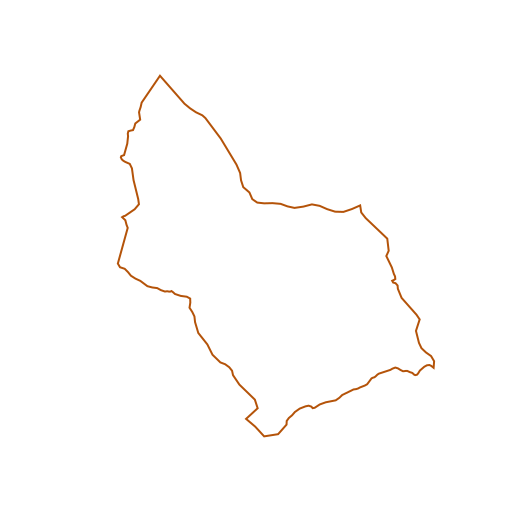 the Region of Dodoma, rotated 320°
{"feature_id": "TZA-3385", "entity_name": "Dodoma", "entity_type": "Region", "adm_level": 1, "iso_a3": "TZA", "parent_name": "United Republic of Tanzania", "parent_adm1": "", "projection": "orthographic", "projection_center": [35.912, -5.778], "detail": "fine", "context": "isolated", "style": "outline", "palette": "amber", "viewbox_px": 512, "rotation_deg": 320, "n_neighbors": 0, "source": "natural_earth", "source_scale": "10m", "svg_char_len": 2245}
<svg xmlns="http://www.w3.org/2000/svg" viewBox="0 0 512 512"><g transform="rotate(320 256 256)"><path d="M368.3,284.2L364.6,290.3L364.4,297.5L367.7,327.1L361.0,337.3L355.8,339.8L352.7,352.1L350.1,358.3L349.4,361.0L347.9,363.2L346.2,363.0L344.4,362.5L344.0,364.5L345.4,366.5L345.5,369.6L343.6,372.3L340.6,381.7L341.2,404.2L340.6,409.8L330.4,416.2L325.0,427.3L323.5,433.0L324.2,439.1L325.8,445.2L324.8,451.1L320.2,455.8L319.6,452.8L318.8,451.0L316.7,449.6L313.7,449.0L307.9,449.1L304.6,450.2L302.9,450.4L301.4,449.6L300.9,448.6L300.6,446.1L300.1,445.2L299.4,444.2L298.0,441.3L297.0,440.4L295.1,439.2L294.5,438.7L293.4,436.1L292.5,433.3L291.0,431.0L288.1,430.0L285.7,429.6L274.5,425.1L272.8,424.9L270.1,425.1L268.7,425.0L267.7,424.5L265.9,424.0L258.7,425.7L256.1,425.2L251.1,423.5L249.0,423.1L247.1,422.3L244.9,420.9L243.6,420.6L232.7,417.9L228.7,418.2L224.3,417.8L215.4,412.9L209.4,410.7L203.4,410.0L201.6,409.0L201.6,407.0L200.1,404.5L197.3,403.0L191.4,401.0L185.5,400.5L181.3,401.2L177.1,401.2L173.5,402.1L171.0,404.8L158.4,406.7L146.3,399.4L145.7,386.1L143.7,374.4L159.4,373.7L162.8,365.3L160.6,343.8L161.8,332.5L163.9,328.5L164.0,324.0L162.8,319.1L160.3,314.6L159.2,303.7L161.9,292.5L162.3,277.9L166.8,267.5L170.0,262.7L171.2,257.9L171.8,252.9L175.7,249.5L178.2,246.3L176.8,242.7L172.7,238.2L169.5,233.0L169.2,230.6L168.7,228.5L167.5,228.2L166.6,227.5L165.3,225.9L163.4,224.7L161.2,221.0L159.7,217.1L156.3,213.4L153.4,209.3L151.4,200.7L149.1,195.8L147.5,190.7L147.6,186.1L147.2,181.4L144.6,177.2L145.3,173.0L175.8,152.0L176.9,148.8L178.9,144.6L178.4,140.2L180.1,140.4L181.6,141.1L193.1,142.2L199.6,141.1L202.4,136.6L211.0,119.1L217.3,109.1L218.5,104.3L216.3,99.8L215.6,97.8L215.3,95.7L215.9,93.5L217.0,92.9L219.8,93.9L229.6,87.2L235.0,82.0L236.4,79.9L238.4,78.4L240.5,79.3L242.7,80.5L245.7,79.0L248.7,76.9L254.9,77.1L258.8,70.7L260.2,69.7L263.3,67.8L267.0,65.0L298.3,56.2L299.1,93.4L300.4,100.4L302.4,107.3L305.3,113.7L305.9,117.8L304.5,143.3L299.8,173.4L297.2,182.2L293.2,188.4L290.5,195.1L291.8,203.1L289.7,210.1L291.3,215.9L296.1,220.9L302.6,226.1L308.4,231.9L312.0,238.2L316.4,243.9L324.0,248.6L332.0,252.4L337.0,258.5L340.6,265.8L345.1,272.9L351.3,278.4L359.7,281.7L368.3,284.2Z" fill="none" stroke="#b45309" stroke-width="2"/></g></svg>